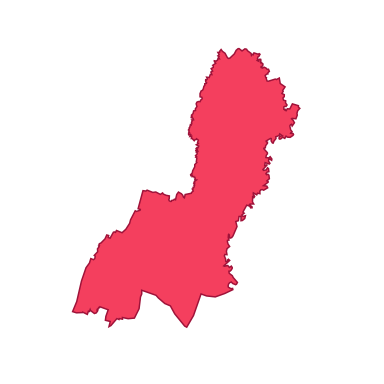 Kota Jakarta Timur, Jakarta Raya, Indonesia (Robinson projection), rotated 196°
{"feature_id": "22746128B5353616278909", "entity_name": "Kota Jakarta Timur", "entity_type": "district", "adm_level": 2, "iso_a3": "IDN", "parent_name": "Indonesia", "parent_adm1": "Jakarta Raya", "projection": "robinson", "projection_center": [106.894, -6.261], "detail": "fine", "context": "isolated", "style": "filled", "palette": "rose", "viewbox_px": 384, "rotation_deg": 196, "n_neighbors": 0, "source": "geoboundaries", "source_scale": "gbopen_adm2", "svg_char_len": 6118}
<svg xmlns="http://www.w3.org/2000/svg" viewBox="0 0 384 384"><g transform="rotate(196 192 192)"><path d="M273.8,44.1L269.8,44.0L264.1,45.9L264.0,46.4L258.9,45.5L258.7,48.9L257.6,48.9L257.5,50.9L256.9,50.1L252.3,48.3L250.7,49.4L250.0,51.5L250.8,52.3L250.7,53.1L250.0,52.9L250.1,54.2L249.7,55.4L249.0,55.3L248.9,56.3L240.1,55.7L240.5,48.7L239.9,44.8L234.9,45.0L234.7,39.7L233.1,41.3L229.3,49.6L227.0,49.3L227.0,50.3L223.8,50.6L224.3,52.2L218.5,52.6L212.6,54.9L210.7,65.2L212.6,77.0L212.2,80.2L213.3,83.7L198.1,82.8L195.0,80.8L187.4,77.3L181.4,76.6L175.0,70.1L162.1,61.1L159.8,60.6L156.5,73.6L155.2,96.5L149.3,96.1L140.7,97.6L132.5,103.5L125.8,109.4L126.4,110.5L127.9,109.8L130.8,110.5L131.4,111.6L131.5,113.6L130.8,115.2L129.4,116.3L127.7,115.3L124.5,114.9L123.8,115.7L123.4,117.6L128.8,121.1L130.1,122.6L133.8,124.1L134.7,126.0L133.5,126.5L132.8,127.8L132.3,129.6L132.5,130.5L133.8,131.6L135.2,129.8L137.4,131.2L140.3,129.6L141.1,129.7L136.9,136.6L138.5,137.4L139.0,136.6L138.7,134.9L140.3,134.5L141.2,136.8L143.3,139.5L143.2,141.0L141.1,141.4L142.6,144.5L142.7,147.2L140.8,150.0L143.1,152.0L144.3,154.0L144.6,155.3L143.2,156.0L144.6,158.2L145.2,161.0L145.0,161.5L144.3,161.1L143.3,158.3L142.6,158.2L141.3,159.1L140.5,161.1L139.2,171.2L141.8,175.7L139.5,177.2L140.1,181.4L138.2,182.1L137.0,177.9L135.7,178.5L134.0,181.0L134.1,183.9L136.2,182.6L137.1,182.9L137.7,183.8L136.0,186.0L137.3,186.5L137.4,187.2L135.8,194.4L132.6,194.3L131.2,192.9L129.9,193.4L130.2,194.3L133.3,195.7L132.9,196.4L129.4,197.5L131.1,199.1L132.5,204.5L132.0,205.0L130.9,203.8L130.5,204.9L132.6,206.9L132.8,208.1L129.0,207.1L128.7,208.9L126.2,209.1L127.0,211.3L126.6,212.9L125.2,213.7L123.6,213.5L120.4,216.9L121.7,218.3L125.0,217.8L121.5,222.4L121.7,223.0L123.1,223.3L121.3,226.1L122.7,229.4L123.9,230.0L125.0,229.2L126.0,229.9L125.3,231.9L123.7,232.7L124.9,235.6L126.1,236.1L126.8,233.6L129.3,232.5L130.0,233.2L127.4,238.4L127.6,238.7L128.4,237.6L129.4,237.4L129.8,240.4L125.4,240.2L125.0,241.1L126.9,242.7L127.2,244.6L126.4,245.1L124.2,244.4L124.3,245.7L126.6,247.5L127.6,245.9L130.5,245.5L130.7,247.9L130.0,249.5L130.4,250.6L134.9,253.4L134.8,254.2L133.7,254.7L134.0,256.8L132.9,259.7L133.2,260.7L134.3,260.7L134.8,261.4L131.4,265.1L130.6,265.2L130.0,262.9L128.2,261.3L127.5,261.3L127.2,263.7L126.0,266.5L126.7,268.2L123.9,270.2L123.7,272.1L120.7,271.0L122.7,269.8L123.3,267.8L122.6,267.0L121.4,267.4L119.9,269.6L117.6,269.1L117.0,271.6L115.4,271.0L112.7,271.6L110.6,274.1L110.2,275.1L110.9,276.0L113.4,275.6L113.3,276.3L112.5,276.6L112.4,277.6L114.2,278.8L116.2,282.4L115.9,283.7L115.0,284.5L113.9,283.0L112.6,286.8L114.6,288.8L116.5,289.8L116.1,290.4L112.3,291.0L112.0,294.9L112.8,296.6L112.8,299.3L111.4,302.1L113.1,302.9L113.5,304.3L119.8,304.4L120.9,298.8L123.3,298.3L123.9,296.1L125.1,296.2L125.2,297.1L126.5,296.8L127.2,299.0L126.3,300.0L125.2,300.1L124.6,301.8L126.6,303.4L127.1,305.5L129.3,305.5L130.2,306.8L130.4,307.8L129.6,309.0L130.1,311.0L132.7,311.5L132.1,313.9L132.8,314.6L131.5,318.7L137.1,320.6L139.5,325.6L141.8,323.4L143.1,323.5L149.2,319.5L150.5,319.4L152.0,321.7L152.0,322.4L152.7,322.4L153.8,324.2L152.6,326.0L151.6,326.4L151.9,327.5L150.9,329.3L152.3,331.1L153.5,330.6L154.9,331.5L157.2,331.9L158.2,330.6L159.9,330.7L160.1,331.6L159.3,331.9L158.8,333.7L159.3,334.8L159.9,334.7L160.8,335.7L161.5,335.1L162.1,335.7L162.1,337.8L162.6,338.5L163.9,338.1L164.1,336.1L165.7,336.4L165.2,337.4L165.9,338.4L165.8,340.2L165.1,340.8L164.6,343.1L165.6,343.5L166.3,342.7L170.8,342.8L171.0,340.8L171.9,341.0L172.5,339.7L173.4,341.5L177.6,343.1L178.9,344.3L180.6,344.2L182.8,341.4L186.2,342.8L187.2,342.5L188.6,340.4L189.4,336.4L192.6,331.0L193.9,330.4L195.1,331.0L198.5,334.5L201.5,335.6L203.3,337.0L204.2,334.9L204.0,333.9L205.6,333.3L203.7,331.5L204.7,330.0L203.3,329.5L203.7,328.6L202.4,327.6L203.9,327.1L203.8,325.9L204.9,324.5L206.7,324.3L206.4,323.5L204.7,322.3L207.0,319.5L206.3,319.1L205.9,317.6L207.6,315.9L205.5,313.9L206.9,312.5L205.3,310.3L206.8,310.0L207.0,306.8L209.6,306.4L208.4,304.9L208.9,303.7L209.8,303.7L209.7,303.1L209.2,301.7L208.1,301.1L208.1,300.4L209.6,299.6L209.1,298.0L209.7,297.0L209.6,294.3L209.9,292.8L211.1,291.6L211.4,288.8L210.5,285.7L208.7,285.8L208.0,284.7L208.2,283.6L209.0,282.8L209.1,281.1L210.9,280.7L212.1,279.6L212.3,277.9L210.8,275.5L211.7,272.8L211.1,271.3L212.8,270.4L212.6,267.7L213.7,265.7L213.1,265.3L213.3,264.4L212.8,264.7L212.5,264.0L212.8,263.2L211.3,263.1L210.4,261.8L212.1,261.2L211.4,260.5L211.7,258.8L211.0,257.5L211.6,256.8L211.4,256.1L212.1,256.2L212.0,253.6L212.4,252.8L212.0,252.3L212.5,250.7L211.9,250.5L211.5,248.8L210.9,248.4L211.5,247.8L211.1,246.3L210.7,246.0L209.5,247.1L208.9,246.8L209.3,244.8L207.7,245.5L207.4,243.2L206.7,243.5L204.0,241.9L203.5,243.2L202.5,243.5L202.3,244.4L200.2,243.6L200.3,241.0L199.3,240.4L200.9,238.6L198.2,238.0L198.4,236.2L199.4,236.2L200.1,234.8L199.6,234.1L199.2,235.3L198.5,234.1L200.2,232.4L198.7,233.2L198.7,231.9L197.2,233.3L198.1,231.3L197.5,230.1L198.6,227.9L197.4,227.3L198.0,226.5L196.7,226.0L196.2,222.2L195.5,221.7L196.9,219.1L196.3,217.0L197.2,212.6L197.0,210.4L198.1,208.2L197.6,207.4L196.4,208.1L196.2,206.8L194.5,207.4L193.8,206.5L193.2,206.8L192.6,205.9L192.7,204.6L191.0,204.8L192.6,202.7L192.7,201.0L191.8,201.2L192.0,199.2L191.4,199.2L191.5,196.9L192.2,196.7L191.9,195.2L192.5,194.9L191.1,193.3L192.3,191.4L192.3,190.6L197.9,187.7L197.7,184.3L198.6,184.5L200.0,186.3L201.7,187.4L205.0,188.2L206.0,185.4L205.7,180.0L207.0,180.2L207.5,179.1L209.3,178.2L209.3,177.3L210.1,177.0L211.5,177.3L212.3,178.4L212.0,179.1L212.7,182.0L216.0,181.7L219.0,182.1L220.0,183.0L221.8,181.0L226.8,182.0L229.6,180.8L235.7,181.4L236.6,180.2L239.5,179.8L239.2,161.1L236.9,161.0L236.9,160.1L240.1,158.0L241.4,158.3L243.4,148.4L243.3,144.7L245.3,138.0L248.0,133.6L254.0,134.2L254.4,132.1L255.8,132.2L256.5,131.6L258.0,125.0L260.0,125.2L260.1,127.2L262.1,127.2L262.7,123.0L265.4,118.0L266.8,116.7L266.9,115.8L266.3,115.2L266.9,114.4L266.2,113.8L267.2,111.3L266.2,108.6L268.5,104.1L267.3,103.6L267.1,101.2L268.0,99.8L270.9,100.1L271.0,95.5L273.0,90.0L273.7,75.9L272.6,54.9L273.8,44.1Z" fill="#f43f5e" stroke="#9f1239" stroke-width="1.5"/></g></svg>